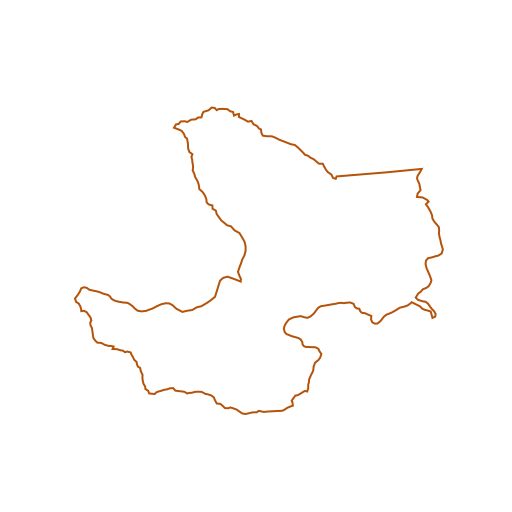 the district of Corumbá de Goiás, Goiás, Brazil, rotated 161°
{"feature_id": "56859067B32430674768714", "entity_name": "Corumbá de Goiás", "entity_type": "district", "adm_level": 2, "iso_a3": "BRA", "parent_name": "Brazil", "parent_adm1": "Goiás", "projection": "mercator", "projection_center": [-48.655, -15.953], "detail": "fine", "context": "isolated", "style": "outline", "palette": "amber", "viewbox_px": 512, "rotation_deg": 161, "n_neighbors": 0, "source": "geoboundaries", "source_scale": "gbopen_adm2", "svg_char_len": 4879}
<svg xmlns="http://www.w3.org/2000/svg" viewBox="0 0 512 512"><g transform="rotate(161 256 256)"><path d="M291.8,404.0L288.4,401.2L285.6,398.6L284.3,394.6L284.4,391.9L283.0,389.4L283.4,386.6L283.9,383.9L285.2,379.6L285.1,375.9L283.0,373.0L284.8,370.6L285.0,367.8L285.6,365.6L285.9,363.2L286.6,360.3L288.0,357.6L287.6,353.8L287.8,350.4L286.9,345.6L286.9,342.2L287.8,337.6L285.8,334.2L284.9,331.3L284.5,328.6L284.5,325.7L285.2,322.7L283.9,320.1L280.8,318.0L281.7,314.8L279.2,312.0L279.5,308.5L278.3,304.3L277.2,300.8L275.1,297.5L273.3,294.4L270.0,292.2L268.0,287.3L264.2,283.1L263.0,277.9L262.2,273.1L262.7,268.4L264.2,264.2L266.7,260.4L270.2,257.1L272.7,253.7L274.6,251.6L278.2,246.9L278.1,242.5L277.7,239.3L278.8,236.8L284.2,241.4L289.6,245.7L294.2,246.0L298.0,244.4L308.0,230.8L313.1,228.9L317.7,227.6L324.1,226.3L328.6,226.8L333.9,225.7L339.3,226.7L343.8,227.1L348.4,232.0L351.1,236.9L353.5,239.4L356.7,240.7L361.0,241.2L365.3,240.9L371.0,240.0L375.2,240.0L377.9,239.9L382.3,240.9L385.7,242.8L387.7,245.8L389.1,248.9L391.2,251.8L392.8,253.6L396.4,255.1L400.4,257.3L403.1,259.0L404.8,260.4L406.6,262.7L407.2,265.1L408.4,267.2L412.7,270.1L415.3,272.5L418.2,274.5L420.8,276.0L424.6,278.4L426.5,281.1L429.0,282.5L431.8,282.3L434.0,279.8L437.5,277.0L441.0,274.7L441.0,271.1L439.1,268.7L438.5,265.6L438.6,263.1L439.1,260.7L436.5,260.2L434.4,258.0L432.5,251.7L432.7,248.6L434.5,246.9L435.0,244.3L434.6,241.3L435.1,238.5L436.5,231.6L435.5,228.2L434.2,225.7L430.6,224.2L427.9,221.2L424.6,219.0L422.3,218.1L420.1,216.7L421.9,214.7L418.0,213.3L414.7,210.9L412.6,209.8L411.2,207.7L408.9,207.6L406.0,205.7L405.8,203.1L405.3,200.8L404.9,197.4L403.4,194.7L403.8,192.3L403.7,189.9L402.0,187.9L402.4,184.9L402.0,180.5L403.1,177.7L403.6,175.3L404.0,171.9L403.3,168.6L403.9,166.3L401.9,163.8L401.7,160.8L396.8,158.5L394.4,159.6L392.2,159.6L389.1,159.4L386.5,159.4L383.7,158.9L380.2,158.9L377.3,158.0L376.1,155.0L373.4,153.6L369.8,151.9L367.8,150.8L365.8,148.4L363.7,148.3L361.4,147.6L357.9,147.4L354.5,146.4L352.0,145.4L350.2,143.8L348.8,142.1L346.7,141.0L343.8,138.8L342.0,136.3L341.6,132.0L341.1,129.3L337.9,127.8L335.9,124.5L335.0,122.4L332.0,121.1L329.4,121.1L326.9,119.2L324.2,117.0L322.5,114.5L320.0,111.4L317.5,110.1L315.1,109.7L312.8,109.6L310.0,109.2L306.1,108.0L303.8,108.7L299.4,106.0L295.9,105.2L292.6,104.3L289.2,103.3L285.7,102.4L282.5,101.3L279.9,101.2L275.7,102.3L272.5,102.5L269.9,102.5L269.2,105.4L269.3,107.7L266.4,109.7L264.3,111.2L261.9,110.8L258.7,111.4L256.2,112.0L253.7,112.5L251.7,111.2L249.7,113.9L248.6,117.2L246.9,119.7L246.0,122.0L242.3,126.0L240.4,127.7L238.9,129.6L237.4,132.9L234.7,136.0L231.1,137.2L228.4,139.0L226.1,142.0L226.9,144.9L227.3,148.0L229.6,150.4L233.4,151.8L235.8,152.8L238.5,153.8L240.1,155.2L240.7,157.3L240.3,159.8L241.0,162.8L243.0,164.9L246.6,167.4L248.5,168.7L250.8,170.8L252.6,172.2L253.6,174.7L253.4,178.0L252.3,179.9L250.5,181.9L248.7,183.3L245.5,185.3L240.4,185.8L233.3,184.6L230.2,182.3L227.5,180.8L224.1,181.1L219.8,182.9L216.8,185.0L214.0,186.8L211.1,187.4L207.2,186.7L199.5,185.5L196.2,184.9L193.1,184.6L191.0,184.1L188.3,182.8L185.1,182.2L182.1,181.4L179.3,179.0L179.1,175.5L177.6,173.5L175.5,172.5L175.5,170.2L174.6,168.0L171.4,166.3L168.9,163.9L166.5,161.8L167.9,158.4L167.6,155.4L165.6,153.3L163.1,152.6L159.4,154.0L154.8,157.0L152.0,158.0L146.2,158.3L141.5,159.2L136.8,160.3L133.8,160.0L131.2,159.8L128.7,159.9L126.3,160.6L123.8,161.6L120.7,158.4L117.5,155.2L115.8,151.9L113.9,150.1L112.1,149.0L108.9,146.7L109.3,140.0L106.4,140.3L105.0,142.6L105.6,145.8L106.6,147.8L107.6,150.4L108.3,152.9L109.0,155.2L110.5,157.5L113.3,159.0L117.2,161.9L118.5,164.7L114.7,167.8L112.0,168.5L109.0,170.2L105.3,170.4L102.7,171.2L101.0,172.5L99.4,174.0L98.0,176.1L98.0,180.2L98.7,189.0L98.3,193.2L96.8,196.3L94.1,197.9L89.8,197.4L85.9,197.3L83.6,197.0L79.7,197.9L77.2,201.3L77.0,205.0L77.0,207.3L76.5,210.6L76.2,214.7L75.7,217.8L74.6,220.2L73.7,223.7L74.6,226.4L76.2,230.3L77.0,233.9L76.3,237.1L76.5,240.9L77.5,246.5L78.5,249.6L75.1,251.2L76.0,253.4L79.5,257.2L82.1,258.3L84.6,259.4L82.8,262.4L79.0,264.7L78.1,270.9L78.5,274.8L78.4,277.2L77.0,279.3L72.7,282.7L71.0,284.4L105.7,292.7L119.8,296.3L153.9,305.0L155.5,303.0L157.7,304.7L158.2,308.4L160.8,312.0L161.7,314.4L162.5,318.7L162.8,321.5L166.3,322.7L167.8,325.0L169.9,328.7L172.2,330.9L174.4,334.1L176.8,335.8L177.6,338.0L181.0,344.9L183.2,348.4L186.5,350.2L188.8,352.2L194.6,357.1L196.7,358.9L199.1,361.5L202.0,364.0L206.6,365.6L210.4,367.6L210.8,370.6L210.1,374.0L211.8,375.8L212.7,378.6L215.5,381.4L216.3,385.2L219.8,385.6L222.2,388.4L226.9,393.0L225.9,395.8L228.4,396.2L231.1,395.9L230.8,399.6L233.3,401.3L235.2,404.1L239.5,405.9L243.2,407.1L245.7,406.7L246.8,409.4L249.6,410.8L253.5,409.2L258.7,409.4L260.3,408.0L262.5,404.8L265.6,405.8L268.6,404.9L272.9,406.0L277.4,405.1L279.5,406.6L283.3,407.7L286.3,406.0L288.7,406.5L291.8,404.0Z" fill="none" stroke="#b45309" stroke-width="2"/></g></svg>